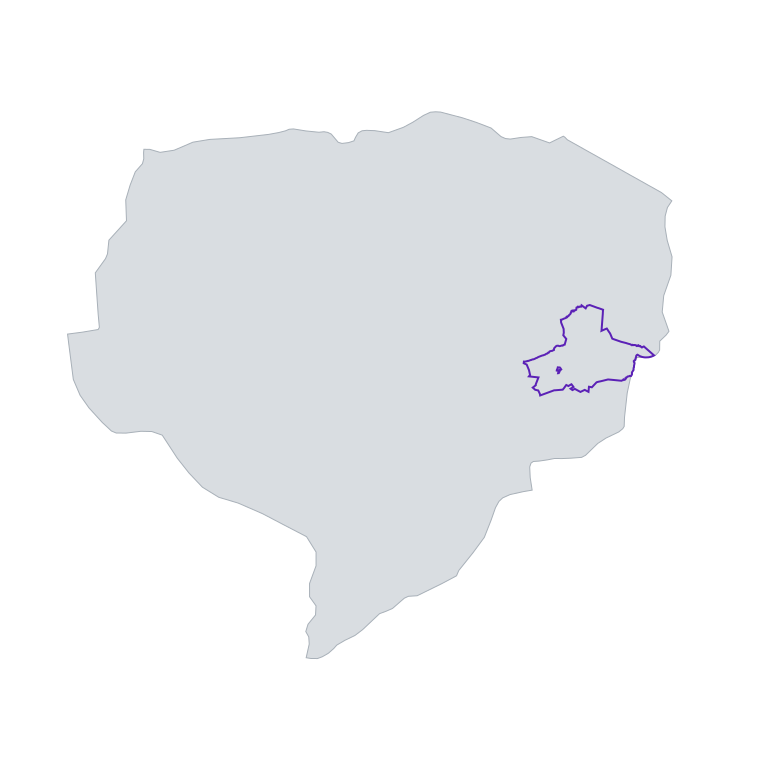 Gwanda, Matabeleland South, Zimbabwe shown in context, rotated 263°
{"feature_id": "62879985B81037274427079", "entity_name": "Gwanda", "entity_type": "district", "adm_level": 2, "iso_a3": "ZWE", "parent_name": "Zimbabwe", "parent_adm1": "Matabeleland South", "projection": "equal_earth", "projection_center": [29.396, -21.277], "detail": "fine", "context": "in_parent", "style": "outline", "palette": "violet", "viewbox_px": 768, "rotation_deg": 263, "n_neighbors": 0, "source": "geoboundaries", "source_scale": "gbopen_adm2", "svg_char_len": 7181}
<svg xmlns="http://www.w3.org/2000/svg" viewBox="0 0 768 768"><g transform="rotate(263 384 384)"><path d="M530.7,692.0L524.6,686.8L516.3,683.5L505.7,682.0L492.0,682.6L475.1,685.4L457.0,682.0L437.6,672.4L421.5,668.9L402.3,673.1L401.5,673.2L398.2,670.0L392.9,662.9L384.1,661.7L381.8,660.0L379.8,657.4L378.5,654.0L378.0,650.3L379.4,638.7L378.7,637.4L376.3,636.0L371.5,634.6L359.9,629.3L345.4,624.3L321.8,618.7L312.6,617.2L310.5,615.5L307.8,611.2L303.3,597.8L299.0,589.0L288.7,575.4L287.1,571.2L287.6,560.4L288.3,551.6L289.3,544.2L288.8,537.2L288.6,528.6L288.9,522.8L287.6,520.3L283.9,518.5L273.3,517.7L260.6,518.1L260.2,509.3L258.9,495.7L256.5,487.9L253.5,483.8L247.7,479.6L235.8,473.7L219.6,464.9L205.7,451.8L189.8,435.5L184.8,432.6L178.9,417.3L169.8,391.1L170.3,382.3L168.9,378.0L160.2,365.1L158.2,358.4L156.6,351.6L142.7,332.7L137.9,324.4L134.3,313.8L130.6,305.3L127.6,301.9L123.6,296.1L120.8,289.5L119.6,284.5L120.5,277.9L121.8,273.4L135.0,278.1L142.2,278.5L147.8,276.2L154.8,279.3L163.1,287.9L172.1,289.5L181.9,284.2L195.1,285.8L211.8,294.4L225.5,296.1L241.9,288.5L256.4,267.4L270.1,247.6L283.6,224.7L291.7,206.2L303.7,191.2L319.4,179.6L335.5,169.8L360.2,157.7L360.2,157.8L365.1,147.8L366.7,137.0L366.7,121.9L368.0,112.2L370.6,107.7L374.7,104.3L380.0,99.8L396.2,88.3L409.8,81.0L426.4,76.2L444.6,76.1L462.1,76.0L472.1,76.0L472.2,90.5L472.9,106.9L474.9,108.4L488.0,108.8L509.1,109.9L529.5,111.0L542.4,122.9L546.8,125.4L560.3,128.5L577.4,148.3L598.2,150.1L612.4,156.3L624.9,163.0L632.1,171.1L636.8,173.0L643.1,173.6L646.2,174.3L645.4,180.2L641.2,190.0L641.6,204.2L647.3,223.8L648.0,240.8L646.0,270.8L645.8,299.9L646.4,310.2L647.3,317.1L648.4,320.9L648.2,325.2L644.7,337.3L641.8,350.1L641.7,355.2L640.6,358.8L638.5,362.1L629.5,368.0L627.9,371.6L627.9,378.2L629.0,383.8L632.3,385.8L636.4,389.0L638.0,393.1L637.9,397.5L636.6,405.6L632.9,419.0L636.4,434.5L640.3,444.5L645.8,456.0L648.1,463.2L647.9,468.3L647.0,473.3L638.6,494.4L632.4,507.5L625.0,521.5L615.3,530.3L612.8,534.5L611.7,539.3L612.0,549.9L611.5,560.8L603.1,577.7L608.1,592.2L606.9,593.6L604.1,595.7L592.1,612.0L580.0,628.5L571.2,640.5L561.1,654.2L549.8,669.6L540.2,682.7L530.7,692.0Z" fill="#d9dde1" stroke="#a8b0b8" stroke-width="1"/><path d="M438.0,589.7L437.7,589.6L437.2,589.8L436.9,589.6L436.8,589.4L436.7,589.2L436.8,588.6L436.9,588.4L437.0,588.2L437.0,587.9L436.8,587.8L436.7,587.6L436.7,587.1L436.7,586.8L436.7,586.5L436.6,586.3L436.8,586.2L437.1,586.1L437.2,585.9L436.9,585.5L436.8,585.4L436.7,585.3L436.7,585.1L436.4,584.9L436.2,584.7L436.2,584.4L435.9,584.4L435.3,584.1L434.7,583.9L434.3,583.9L434.2,583.8L434.1,583.6L434.0,583.1L434.0,582.8L433.9,582.5L433.9,582.4L433.8,582.5L433.7,582.4L433.6,582.2L433.6,581.9L433.5,581.7L433.4,581.6L433.2,581.4L432.9,581.2L432.9,580.9L433.0,580.3L433.0,580.2L433.5,579.9L433.8,579.7L433.7,579.5L433.6,579.3L433.7,579.2L433.5,578.9L433.3,579.0L433.1,578.9L432.7,578.6L432.2,578.2L431.9,578.2L431.7,578.0L431.6,577.9L431.4,577.9L431.2,577.7L430.9,577.6L430.3,576.9L430.1,576.6L429.9,576.2L429.3,575.5L429.1,575.5L429.0,575.3L428.9,575.1L428.8,574.6L428.6,574.4L428.5,574.2L428.6,573.6L428.5,573.4L428.4,573.4L428.1,573.5L427.9,573.6L427.8,573.3L427.7,573.3L427.5,572.7L427.4,572.5L427.3,572.3L427.3,572.2L427.0,570.8L426.5,569.2L426.3,568.6L426.2,568.5L426.2,568.4L426.3,568.2L426.2,567.8L426.2,567.4L425.9,567.4L423.4,567.3L416.8,569.0L412.9,568.7L410.5,567.9L410.2,568.1L409.7,568.4L406.5,570.4L401.0,568.1L401.0,567.6L401.0,567.2L400.9,566.8L400.4,566.3L400.3,566.0L400.5,565.4L400.5,565.1L400.2,563.4L400.2,563.0L400.2,562.9L400.3,562.4L400.7,561.8L400.8,561.3L400.8,561.2L400.9,560.7L400.9,560.3L400.6,559.6L400.5,559.3L400.4,559.1L400.1,558.8L399.8,558.5L399.6,558.4L399.4,558.0L399.0,557.5L398.8,557.3L398.3,557.1L397.9,556.9L397.5,556.9L397.2,556.9L397.1,556.7L396.9,556.6L396.7,555.5L396.4,555.0L396.4,554.6L396.4,554.1L396.4,553.7L396.1,552.3L396.0,552.2L395.9,552.1L395.2,551.5L395.0,551.3L395.0,551.2L395.1,550.8L395.1,550.7L394.6,550.2L394.3,549.8L394.3,549.7L394.3,549.1L394.2,548.8L394.1,548.5L393.6,547.8L393.6,547.7L393.4,546.7L393.1,545.8L393.0,544.5L392.7,543.3L391.9,540.2L391.6,539.7L391.4,539.2L391.2,538.2L390.9,537.4L390.6,536.6L390.3,535.5L390.3,534.9L390.3,534.3L390.2,533.9L390.1,533.7L389.9,533.0L389.9,532.4L389.7,531.7L389.4,530.5L389.4,530.3L389.3,530.1L389.4,529.7L389.3,528.8L389.2,528.7L389.1,527.6L389.1,527.2L389.1,526.9L389.1,526.2L389.2,525.6L387.6,525.2L385.9,528.0L380.1,529.6L376.8,529.9L375.2,530.1L373.9,528.8L371.7,538.1L365.0,534.5L364.3,534.5L362.3,531.2L359.8,533.4L359.7,533.8L359.6,534.0L358.8,536.3L355.2,537.5L353.6,537.6L354.8,542.7L357.0,552.1L356.9,553.2L356.6,560.7L357.9,562.1L360.1,564.1L360.8,564.8L359.5,566.8L360.0,567.8L360.3,568.6L360.7,569.4L360.9,570.0L360.1,570.5L358.0,571.7L356.6,568.6L355.0,570.3L355.9,572.8L354.1,575.3L352.2,578.0L353.7,582.5L351.3,586.0L354.5,586.7L356.3,587.1L356.1,587.9L355.4,589.9L359.8,595.2L360.1,597.0L360.3,599.5L361.2,606.9L360.4,610.6L360.1,612.0L358.7,618.2L358.3,620.1L358.5,620.6L358.6,621.0L358.6,621.5L358.8,622.0L359.2,622.1L359.3,622.1L359.5,622.3L359.5,622.5L359.4,622.7L359.1,622.7L359.0,622.8L358.8,623.1L358.8,623.4L358.9,623.5L359.0,623.7L359.3,623.8L359.4,624.0L359.5,624.4L359.6,624.5L359.9,624.6L360.0,624.7L360.4,624.6L360.5,625.1L361.0,625.3L361.0,625.8L361.7,626.6L361.8,627.2L361.7,628.0L362.1,628.7L361.8,630.1L363.1,631.2L363.7,631.4L364.9,631.4L365.4,631.6L367.5,633.4L369.5,633.7L370.3,634.2L371.4,634.3L373.1,634.9L374.2,635.2L375.5,634.7L376.3,634.7L376.9,635.4L377.2,636.1L377.3,636.1L377.5,636.5L378.3,636.7L379.1,636.9L379.5,637.3L380.1,637.6L380.9,637.6L381.8,638.3L382.1,638.8L382.2,639.2L380.5,641.3L379.4,643.5L378.7,645.7L378.7,645.8L378.5,647.1L378.4,648.2L378.3,649.0L378.3,650.4L378.5,651.9L378.8,653.3L379.0,654.1L379.5,655.5L387.0,648.8L389.6,646.5L389.5,646.2L389.3,645.8L389.3,645.5L389.2,645.0L389.0,644.5L388.9,644.4L389.0,644.3L389.1,644.2L389.3,644.2L389.4,643.8L389.7,643.5L389.8,643.4L390.1,643.2L390.4,643.1L390.5,643.0L390.5,642.9L390.3,642.4L390.3,642.2L390.4,641.9L390.7,641.4L390.8,641.2L391.0,641.3L391.3,641.4L391.5,641.2L391.4,640.8L391.3,640.7L391.0,640.4L390.9,640.3L390.8,639.9L390.8,639.6L390.9,639.4L391.0,639.3L391.5,639.2L391.6,638.8L391.7,638.7L391.8,638.6L391.9,638.4L391.9,638.2L392.0,638.1L392.1,637.9L392.2,637.0L392.1,636.7L392.3,636.2L392.3,635.8L392.3,635.6L392.5,635.7L392.7,635.1L392.7,634.9L392.6,634.6L392.9,633.9L393.4,633.2L393.5,633.1L393.6,632.9L394.0,631.8L394.7,630.2L395.1,629.4L397.0,624.5L400.5,617.4L401.2,616.1L405.9,614.8L407.4,614.2L408.4,613.6L410.5,612.6L411.9,611.9L411.5,610.4L410.3,606.4L410.6,606.5L410.8,606.5L413.9,607.1L427.4,609.8L427.6,609.8L430.2,610.3L431.0,610.5L431.3,609.9L433.0,606.5L433.1,606.3L433.6,605.1L434.2,603.9L435.3,601.8L436.0,600.4L437.3,597.9L437.2,597.2L436.9,595.1L436.2,594.6L434.5,593.4L438.0,589.7ZM376.5,557.9L376.6,557.2L377.2,557.4L377.2,557.8L378.1,558.1L379.0,558.4L379.3,558.5L379.1,559.1L379.2,559.5L378.9,560.6L378.1,561.1L377.0,561.6L376.8,560.9L376.5,560.9L376.5,560.6L376.3,560.6L376.2,560.5L376.1,560.2L375.1,559.9L373.5,558.8L373.5,558.1L376.3,559.1L376.1,558.4L376.2,557.7L376.5,557.9Z" fill="none" stroke="#5b21b6" stroke-width="2"/></g></svg>